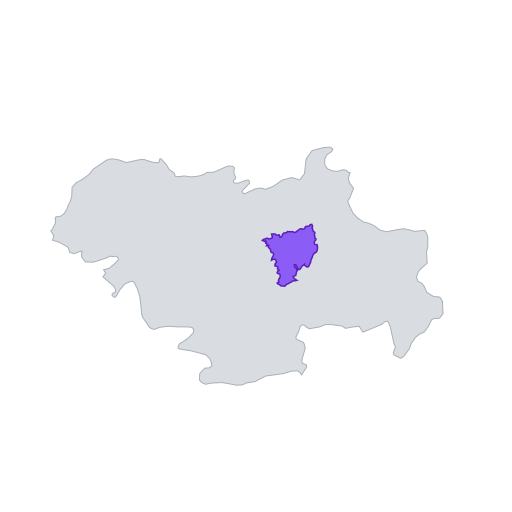 Pomoravski on a map of Republic of Serbia (Robinson projection), rotated 320°
{"feature_id": "SRB-832", "entity_name": "Pomoravski", "entity_type": "District", "adm_level": 1, "iso_a3": "SRB", "parent_name": "Republic of Serbia", "parent_adm1": "", "projection": "robinson", "projection_center": [21.332, 43.988], "detail": "fine", "context": "in_parent", "style": "filled", "palette": "violet", "viewbox_px": 512, "rotation_deg": 320, "n_neighbors": 0, "source": "natural_earth", "source_scale": "10m", "svg_char_len": 8893}
<svg xmlns="http://www.w3.org/2000/svg" viewBox="0 0 512 512"><g transform="rotate(320 256 256)"><path d="M286.7,200.8L298.2,204.0L303.4,207.0L306.2,211.0L313.5,213.6L325.5,214.9L333.8,218.9L338.5,225.8L346.1,224.1L356.6,214.0L366.9,211.3L377.1,216.2L382.7,220.2L383.7,223.3L381.3,224.6L375.6,224.0L371.0,225.9L367.3,230.4L366.8,235.1L369.4,240.2L373.0,243.7L377.7,245.6L380.2,248.2L380.6,251.6L381.8,252.5L379.1,254.1L376.3,256.3L374.6,260.3L374.3,266.8L365.2,271.8L361.8,272.7L360.3,276.1L357.9,285.5L358.3,292.6L359.5,296.2L360.1,299.2L363.1,302.8L365.8,308.3L367.6,315.7L371.5,321.3L381.7,326.9L386.7,330.1L390.4,334.8L393.3,339.1L401.7,344.7L401.1,348.8L399.3,352.7L397.4,354.6L393.3,359.7L389.2,362.5L382.6,371.5L372.1,371.9L369.6,372.7L365.6,375.1L363.6,379.6L365.5,383.2L365.4,386.8L363.5,393.8L366.1,401.4L369.8,404.8L370.4,406.8L369.8,410.4L364.3,417.6L362.6,420.2L357.1,421.5L355.1,420.9L352.3,418.4L349.6,417.7L343.0,420.6L336.2,422.4L330.9,421.0L325.6,420.8L322.0,422.0L319.2,422.5L313.9,425.6L305.2,427.8L301.2,427.4L299.7,424.4L298.1,420.3L298.9,418.4L304.6,415.1L305.3,411.9L313.2,396.8L314.7,391.9L314.8,390.3L312.7,389.2L308.3,389.2L289.0,383.1L289.8,376.1L284.1,372.3L278.0,368.9L277.0,365.1L270.2,357.5L265.2,353.2L258.9,351.1L253.4,347.9L250.1,346.0L248.7,342.5L248.7,340.4L247.0,338.3L244.4,338.5L239.9,341.4L234.4,343.8L233.4,345.6L235.4,349.8L236.8,352.5L236.2,355.0L234.4,358.3L223.8,365.4L222.6,367.9L224.6,371.9L223.3,373.7L214.4,376.4L214.7,374.2L214.1,370.7L209.1,366.9L201.9,364.0L186.1,354.1L180.0,352.8L174.5,351.6L166.7,346.9L162.7,346.0L158.3,342.6L148.6,331.1L140.4,324.9L134.8,321.7L133.3,318.6L132.9,315.5L133.1,314.4L137.4,309.9L140.7,309.3L145.0,309.1L147.7,311.4L151.4,311.9L153.4,309.0L154.6,304.8L154.1,299.4L145.4,287.0L137.9,278.4L137.1,276.5L138.7,274.9L141.4,274.0L144.2,274.7L151.6,275.3L158.7,274.5L161.1,272.4L161.1,269.6L158.6,266.9L150.3,259.8L143.9,253.6L136.4,248.7L130.8,246.8L129.2,244.4L128.5,241.8L129.2,237.0L129.6,230.9L131.0,227.1L136.1,219.8L141.0,212.2L144.1,204.8L145.7,198.0L145.2,196.0L142.6,194.5L137.3,193.1L129.9,194.4L123.6,196.8L121.1,197.0L120.3,194.0L121.3,192.6L123.3,192.8L124.9,193.4L126.7,192.0L127.7,187.8L125.3,173.6L130.0,172.4L130.1,170.3L130.5,168.5L135.4,171.0L142.2,171.0L148.2,170.5L149.1,169.1L149.0,167.1L147.8,165.5L145.7,164.3L144.2,162.3L140.2,161.4L127.6,156.3L121.5,150.9L121.7,145.1L123.6,142.0L125.8,140.9L125.1,139.8L118.1,137.2L115.6,133.4L117.7,128.7L114.1,119.0L110.3,113.1L114.2,110.5L114.7,106.8L115.1,104.7L116.6,104.8L122.8,102.3L125.1,100.3L126.4,98.0L127.9,97.4L132.0,100.0L136.3,100.2L141.2,98.6L144.9,96.4L149.3,94.5L151.3,93.2L153.8,91.3L159.0,85.4L164.8,84.2L172.5,85.7L180.9,86.2L187.2,84.8L203.0,86.5L206.4,87.9L208.6,89.4L212.8,94.4L216.7,101.0L222.3,104.0L228.9,107.5L232.2,110.1L237.2,118.0L241.2,121.8L242.5,121.6L243.8,120.6L244.7,119.8L245.8,120.5L245.8,122.9L246.1,128.1L245.1,133.7L246.5,139.0L246.5,140.7L245.5,142.2L245.7,143.5L247.0,145.0L252.4,148.5L257.4,153.9L263.1,157.7L268.5,160.1L271.8,160.2L277.4,164.6L288.3,167.8L291.8,168.8L294.2,170.6L295.9,172.7L296.0,174.9L294.3,176.0L292.0,179.0L291.0,182.7L289.3,183.6L287.5,183.7L286.2,184.8L286.5,186.4L288.0,187.9L290.3,189.3L294.6,190.6L298.9,192.7L298.9,194.3L298.0,196.0L292.5,196.7L288.5,197.0L286.6,197.7L286.7,200.8Z" fill="#d9dde1" stroke="#a8b0b8" stroke-width="1"/><path d="M258.2,297.3L257.2,296.2L256.9,295.8L256.7,295.6L256.2,295.2L255.9,294.9L255.8,294.6L255.8,294.4L255.8,293.7L255.7,293.2L255.3,292.6L255.2,292.3L254.8,291.2L254.8,290.3L255.7,290.4L256.0,290.4L256.6,290.6L256.9,290.5L257.0,290.4L257.1,290.2L257.2,289.7L257.4,289.4L257.5,289.1L257.8,288.9L258.2,288.7L258.8,288.3L259.2,288.2L259.8,288.1L260.0,288.0L260.7,287.7L261.1,287.4L261.8,286.6L262.3,286.2L262.4,285.9L262.4,285.7L262.4,285.2L262.3,284.8L261.9,284.1L261.6,283.8L261.5,283.5L261.3,282.9L261.3,282.7L261.5,282.4L261.8,282.1L262.5,281.8L262.9,281.5L263.1,281.5L263.3,281.5L263.7,281.5L264.4,281.7L264.5,281.2L264.5,280.8L264.5,280.6L264.2,279.7L264.3,279.4L265.0,279.1L265.4,278.8L265.5,278.7L265.7,278.4L265.7,278.2L265.6,277.8L265.2,277.3L265.0,276.8L264.3,276.2L264.2,276.0L264.2,275.9L264.2,275.7L264.3,275.4L264.4,275.2L264.6,275.1L265.1,274.9L265.7,274.3L265.8,274.2L266.1,274.1L267.1,274.1L267.3,274.1L267.6,274.0L267.8,273.8L268.1,273.4L268.1,273.0L268.1,272.6L268.1,272.4L268.5,271.7L268.6,271.2L268.4,270.8L267.6,269.9L267.4,269.8L267.1,269.7L265.1,269.2L266.1,268.4L267.1,267.7L267.7,267.5L268.4,267.3L269.1,267.1L269.5,266.8L269.7,266.7L270.0,266.3L270.7,265.8L270.8,265.7L271.0,265.2L271.1,264.4L270.2,263.3L270.1,263.2L270.0,262.8L270.0,262.6L270.1,262.4L270.4,261.8L270.4,261.7L271.4,259.9L271.2,259.2L271.1,258.1L271.2,257.1L271.5,256.4L272.2,256.2L270.8,255.0L272.2,255.0L272.1,254.7L271.7,254.3L272.0,253.6L272.2,253.2L271.7,252.6L271.7,252.0L273.2,251.4L273.2,250.7L272.1,250.3L270.8,248.2L271.7,248.0L272.1,248.0L272.3,248.1L272.6,248.2L273.2,248.6L273.6,248.7L274.3,248.8L274.7,248.9L275.4,249.3L276.2,249.8L276.3,249.9L276.4,250.1L276.6,250.8L276.7,251.0L277.0,251.4L277.4,251.7L277.7,251.9L278.6,252.0L279.0,252.1L279.7,252.4L279.9,252.5L280.1,252.5L280.3,252.4L280.8,251.8L281.0,251.5L281.2,251.3L281.4,250.6L281.7,249.9L282.0,249.2L283.6,250.4L284.3,250.9L284.5,251.1L284.8,251.5L284.9,251.8L285.0,252.0L284.9,252.6L285.0,252.8L285.0,253.0L285.4,253.5L285.7,253.9L285.8,254.0L286.1,254.2L287.0,254.3L287.2,254.5L287.3,254.6L287.4,254.9L287.3,255.1L287.1,255.6L286.9,256.1L286.7,256.3L286.4,256.8L286.4,257.1L286.5,257.3L286.8,257.5L287.2,257.6L288.0,257.5L289.1,257.5L289.3,257.3L289.5,257.0L289.6,256.9L289.8,256.7L290.1,256.5L290.6,256.4L292.0,256.3L292.3,256.4L292.8,256.6L293.4,257.2L293.6,257.3L294.2,257.7L294.5,257.7L294.9,257.7L295.4,257.6L295.8,257.4L296.2,257.8L296.6,258.4L297.6,259.2L298.4,259.8L298.9,260.4L299.1,260.5L299.5,260.7L299.8,260.9L299.9,261.0L300.0,261.7L300.3,262.2L300.3,262.5L300.5,262.8L300.8,262.9L301.1,263.0L301.7,263.1L302.4,263.4L302.8,263.5L303.1,263.5L303.5,263.3L304.0,263.2L304.3,263.3L305.1,263.5L305.3,263.5L305.7,263.5L306.3,263.5L306.5,263.5L306.8,263.5L307.2,263.6L307.7,263.9L308.5,264.4L308.7,264.7L308.9,265.4L309.1,265.6L309.4,265.8L310.0,266.0L310.3,266.1L310.6,266.2L311.2,266.1L311.6,265.9L312.1,265.5L312.4,265.4L312.6,265.4L313.4,265.5L313.7,265.6L313.8,265.7L314.0,265.8L314.8,266.7L315.2,266.9L315.6,267.1L316.0,267.2L316.3,267.2L317.3,266.8L317.6,266.8L317.8,266.8L318.5,267.3L319.1,267.6L318.7,268.8L318.6,269.2L318.6,269.4L318.5,269.6L318.2,269.9L318.0,270.0L317.2,270.2L317.1,270.4L317.0,270.6L316.9,271.6L316.8,271.8L316.2,272.4L316.1,272.5L316.0,273.1L315.9,274.1L315.8,274.3L315.8,274.5L316.1,275.0L316.2,275.4L316.2,275.7L316.1,276.0L315.8,276.3L315.0,276.8L314.7,277.2L314.2,277.5L314.0,277.9L313.9,278.3L313.9,278.5L313.4,279.1L312.6,279.9L312.5,280.0L312.6,280.4L312.9,280.9L313.0,281.0L313.0,281.3L312.9,281.5L312.5,281.9L312.2,282.1L311.5,282.2L311.2,282.2L309.8,282.8L309.2,283.1L308.9,283.5L308.7,283.9L308.6,284.2L308.6,284.6L308.6,284.9L308.7,285.1L308.8,285.3L309.7,286.1L310.0,286.4L310.1,286.6L310.1,286.8L309.9,287.1L309.5,287.4L309.4,287.5L309.2,287.8L309.2,288.3L309.1,288.5L308.1,289.6L307.3,290.2L307.1,290.5L306.1,291.2L305.3,291.5L304.8,291.7L304.5,291.8L304.3,291.8L303.9,291.7L303.7,291.7L303.1,291.5L302.9,291.4L302.4,291.4L302.0,291.4L301.4,291.7L301.2,291.7L300.2,291.8L299.7,292.2L299.5,292.3L299.0,292.5L298.8,292.7L298.2,293.2L297.9,293.4L297.3,293.5L296.5,294.0L295.6,294.4L295.1,294.7L294.3,295.4L294.0,295.8L293.7,296.1L293.4,296.2L293.1,296.2L292.8,296.2L292.3,296.6L291.7,296.8L291.1,297.1L290.9,297.2L290.4,297.6L290.2,297.6L289.6,297.8L288.5,297.7L288.0,297.2L287.2,294.1L287.8,293.5L286.1,293.5L285.4,293.4L284.9,293.4L283.9,293.6L282.6,294.1L281.3,294.4L281.1,294.4L280.8,294.3L280.3,294.1L280.0,293.9L279.8,293.8L279.7,293.5L279.7,293.4L279.8,293.1L280.1,292.8L280.2,292.5L280.2,292.1L280.1,291.8L280.1,291.6L280.2,291.4L280.7,290.4L280.7,290.2L280.7,289.8L280.6,289.2L280.7,288.9L280.9,288.5L280.9,288.4L280.8,288.2L280.7,288.0L280.6,287.9L279.7,287.4L279.6,288.4L279.5,288.6L279.4,288.7L278.4,289.1L278.8,290.2L278.8,290.4L278.9,290.9L278.9,291.4L278.8,291.8L278.5,292.5L278.4,293.3L278.3,293.5L278.2,293.7L278.0,293.8L277.6,294.0L276.8,294.2L276.5,294.4L276.1,294.8L275.8,295.1L274.8,295.8L274.2,296.3L273.8,296.4L273.6,296.4L273.3,296.3L273.1,296.2L272.6,295.8L272.2,295.6L271.5,295.5L271.2,295.5L271.1,295.8L271.1,296.0L271.1,296.4L271.1,296.6L270.9,296.9L270.8,297.2L270.9,297.6L270.9,298.1L271.0,298.5L271.0,298.8L271.2,299.3L271.7,300.9L269.9,300.0L269.6,299.8L269.2,299.4L268.4,299.0L268.0,298.7L267.8,298.6L267.5,298.6L266.6,298.7L265.8,298.6L265.5,298.5L264.9,298.2L264.7,298.1L264.3,298.1L263.2,298.0L262.7,297.9L262.2,297.7L261.1,297.5L260.7,297.3L260.2,297.3L259.9,297.5L259.6,297.6L259.4,297.7L258.8,297.6L258.4,297.4L258.2,297.3Z" fill="#8b5cf6" stroke="#5b21b6" stroke-width="1.5"/></g></svg>